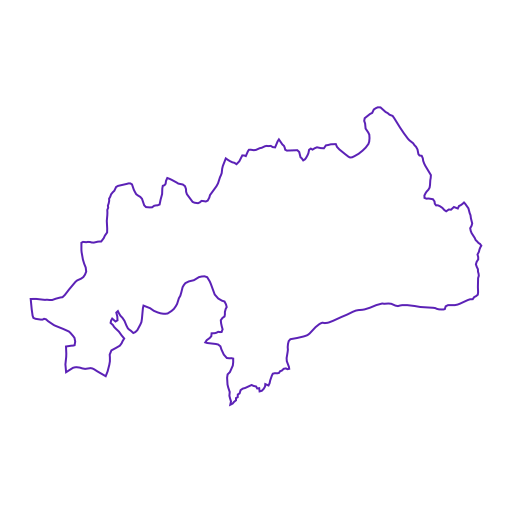 the district of Khwisero, Western, Kenya
{"feature_id": "3690345B3814928417926", "entity_name": "Khwisero", "entity_type": "district", "adm_level": 2, "iso_a3": "KEN", "parent_name": "Kenya", "parent_adm1": "Western", "projection": "equal_earth", "projection_center": [34.567, 0.147], "detail": "fine", "context": "isolated", "style": "outline", "palette": "violet", "viewbox_px": 512, "rotation_deg": 0, "n_neighbors": 0, "source": "geoboundaries", "source_scale": "gbopen_adm2", "svg_char_len": 6061}
<svg xmlns="http://www.w3.org/2000/svg" viewBox="0 0 512 512"><path d="M81.4,242.8L81.4,249.9L81.6,252.2L82.9,259.5L84.2,263.8L85.7,267.5L86.2,271.6L85.0,274.6L83.3,277.1L81.0,278.7L77.2,280.4L75.5,281.8L69.2,289.3L64.8,295.0L62.5,297.2L60.3,297.5L55.8,298.7L52.2,300.0L49.6,300.0L46.9,299.7L45.0,299.9L36.0,298.9L30.7,299.0L31.7,309.3L32.6,315.7L33.4,317.9L35.5,318.8L40.8,319.6L42.6,319.6L44.1,318.8L46.0,319.3L48.1,321.2L53.9,325.1L55.4,325.8L63.1,328.9L68.9,331.5L70.5,333.0L73.1,336.0L74.5,337.9L75.2,341.6L74.6,345.2L73.1,345.6L71.2,345.7L66.0,346.5L66.3,353.7L66.2,356.9L65.4,364.4L66.1,372.2L73.0,367.8L75.0,367.3L76.6,367.2L79.8,367.6L82.3,368.4L85.2,368.9L90.6,368.1L92.5,368.5L94.3,369.4L97.4,371.4L105.7,376.2L107.6,371.4L109.3,364.8L109.9,361.3L109.9,357.6L109.7,354.6L111.4,350.4L116.2,347.8L119.8,345.7L121.6,343.3L122.5,341.3L124.2,338.5L121.6,335.4L118.9,331.6L115.6,328.5L114.0,326.8L113.0,325.1L110.6,322.9L111.1,320.5L112.2,318.6L115.5,321.5L117.5,320.3L117.3,316.5L116.3,312.6L117.9,311.1L119.0,313.4L120.4,315.7L122.5,317.9L124.5,320.9L126.4,325.5L127.9,328.4L129.3,329.7L130.8,330.7L133.3,333.0L135.3,332.1L137.3,330.2L140.3,324.6L141.4,322.1L141.9,319.0L142.9,308.3L143.5,305.6L150.1,308.2L153.8,310.8L157.6,312.4L160.5,313.3L163.0,313.7L165.2,313.8L167.6,313.5L171.5,311.0L173.9,308.9L175.8,306.2L177.1,303.9L178.9,298.2L180.3,295.8L181.3,292.4L182.6,287.2L183.8,285.1L185.4,283.1L188.9,281.4L193.9,280.2L199.0,277.1L201.7,276.5L204.5,276.3L207.2,277.2L209.8,281.5L210.9,284.1L214.7,294.5L218.2,298.5L222.0,300.7L224.5,301.5L226.0,304.4L226.7,307.1L225.7,308.9L224.9,311.9L224.9,314.4L224.5,316.5L222.5,317.9L220.8,320.2L221.1,323.3L221.8,326.5L222.6,329.3L221.6,332.0L220.0,332.1L218.2,331.8L216.5,332.7L214.7,333.2L211.6,333.3L211.3,336.2L209.7,338.0L206.7,340.2L205.3,342.4L207.2,343.0L215.9,344.0L218.1,344.5L220.4,346.3L221.4,349.4L223.8,354.6L226.8,358.0L229.4,358.3L231.5,358.2L233.2,358.6L233.2,362.2L232.8,365.6L229.9,372.1L227.6,374.4L227.1,377.7L227.5,384.5L228.2,387.4L229.7,392.0L229.4,395.8L230.1,398.6L231.0,401.4L230.3,404.7L232.6,403.6L234.1,401.8L236.0,400.3L236.0,398.1L237.7,397.2L237.8,394.5L239.6,393.4L240.6,390.1L242.8,388.6L245.1,388.0L251.6,385.0L253.5,385.9L256.1,386.5L257.2,388.5L259.2,388.2L259.6,391.4L261.8,390.8L263.8,388.7L265.1,386.4L265.3,384.1L268.5,385.5L269.6,383.2L270.2,380.4L271.9,375.5L272.8,373.7L274.8,373.2L277.3,373.3L279.0,372.9L280.1,371.2L281.7,370.7L283.7,368.8L285.9,368.4L287.4,369.2L289.2,368.8L288.9,366.8L286.8,361.2L286.6,358.1L287.6,352.1L287.9,349.8L287.7,347.1L288.0,343.9L288.7,341.1L290.4,339.2L297.1,338.0L303.5,336.5L305.7,335.8L307.5,335.1L309.5,333.6L315.6,327.1L319.1,324.3L320.6,323.4L322.4,322.7L324.7,323.1L327.5,322.8L329.0,322.4L333.1,320.8L341.4,317.0L347.1,314.6L352.8,311.8L355.8,310.6L358.4,310.1L362.3,309.8L364.6,309.4L370.0,307.7L376.3,305.1L382.2,303.5L384.2,303.8L388.5,303.5L391.3,303.8L395.4,305.6L397.9,306.1L400.1,305.5L402.4,305.1L407.0,305.1L414.6,306.0L420.3,307.0L433.3,307.8L435.2,308.1L437.0,308.9L439.2,309.4L443.3,309.5L444.8,309.1L445.7,306.3L448.1,305.1L455.0,305.1L457.5,304.6L459.9,303.7L467.7,300.1L470.0,299.3L472.7,299.2L474.2,297.1L476.1,296.1L477.8,294.7L478.1,292.2L477.9,287.1L478.1,278.1L478.8,275.8L478.6,273.8L478.0,271.7L477.9,269.2L476.7,266.7L475.9,264.3L476.7,261.7L478.2,259.4L478.2,257.0L477.5,254.5L478.9,251.8L479.5,249.4L480.3,247.4L481.3,245.7L480.0,243.9L478.5,243.0L477.1,241.4L475.7,240.1L474.7,237.9L471.6,233.1L470.7,230.8L470.2,228.2L471.6,225.7L472.2,223.4L470.9,218.2L470.5,215.2L469.7,213.2L468.4,208.3L465.2,203.8L464.0,202.5L462.5,203.9L460.7,205.2L459.0,206.0L457.8,208.5L453.9,207.0L451.0,209.7L448.8,209.5L446.2,211.3L444.4,210.1L442.4,207.9L439.9,206.2L437.8,205.3L436.1,205.4L434.8,203.7L434.5,201.4L432.9,199.2L428.5,198.5L426.5,198.7L424.5,197.9L424.4,195.5L425.5,193.3L426.6,191.6L428.4,189.7L429.6,187.6L430.0,185.1L430.3,180.1L430.7,178.0L430.9,175.1L425.3,165.8L424.2,163.6L423.2,160.9L422.8,158.3L421.7,155.8L419.5,155.5L418.4,154.1L417.5,149.5L416.1,146.9L414.3,145.0L413.2,143.3L409.4,140.3L407.9,138.7L403.9,133.3L400.0,127.5L394.1,118.0L392.6,115.9L389.5,114.7L387.7,113.1L385.6,112.0L380.5,107.4L377.8,107.3L375.8,108.2L373.8,109.5L372.2,112.9L370.0,114.0L364.7,118.2L364.2,120.9L365.1,123.5L365.6,128.6L368.2,132.4L369.3,134.7L369.5,138.2L369.2,141.6L368.4,144.0L365.7,147.6L362.5,150.7L358.6,153.8L354.4,156.2L352.1,157.3L350.1,157.5L348.6,156.8L345.1,154.1L339.3,149.4L337.0,146.9L335.8,144.1L330.8,144.3L328.2,145.0L325.9,145.4L323.9,148.3L320.7,148.1L317.0,147.3L314.8,148.2L312.5,149.6L310.8,148.6L309.1,149.8L308.4,153.2L307.5,155.3L306.1,157.8L305.0,159.3L303.2,160.4L301.8,158.4L300.5,157.2L299.2,152.0L297.3,150.2L286.9,150.6L285.2,149.7L284.7,147.6L283.9,145.8L282.4,144.5L278.9,139.4L277.6,141.4L275.1,147.4L272.7,147.1L270.8,145.9L268.3,146.1L266.5,145.9L264.8,146.3L261.7,147.8L259.7,148.2L256.0,149.9L253.8,150.2L250.6,149.7L248.9,149.8L247.9,151.3L245.8,156.1L244.3,155.5L242.3,155.4L239.3,161.3L236.5,164.2L234.4,162.8L232.3,162.3L229.7,161.0L227.6,159.7L225.8,158.4L222.8,166.1L222.2,168.6L221.7,173.1L220.9,175.3L220.0,177.2L218.0,183.4L216.4,186.3L210.0,195.1L209.3,197.6L207.7,200.6L205.8,201.5L203.6,201.1L201.5,200.9L199.8,202.4L198.0,203.2L194.5,202.7L192.6,201.9L186.9,194.2L186.1,191.7L186.0,189.1L185.0,186.2L182.8,184.5L178.3,183.6L176.6,182.5L171.8,179.9L169.7,178.9L167.3,178.0L166.0,180.9L165.6,183.8L164.5,185.2L162.8,185.8L162.3,188.5L162.1,194.1L160.6,199.6L159.6,204.5L157.6,205.3L156.0,205.4L154.1,205.8L152.1,207.3L149.7,207.4L146.0,207.1L144.2,205.3L142.0,198.8L140.3,196.9L138.1,195.6L136.2,194.2L134.8,191.7L133.8,189.7L132.0,184.4L130.3,183.4L128.5,183.4L126.8,183.9L118.0,185.9L116.1,187.0L114.3,190.8L112.8,192.2L111.1,194.3L110.2,196.8L109.1,198.7L109.2,200.8L108.7,203.3L107.9,205.7L108.2,207.7L107.3,209.9L107.4,212.8L107.3,215.2L106.8,220.9L107.2,228.7L107.1,232.5L104.9,235.6L103.7,238.2L101.2,241.5L98.1,241.6L93.8,242.6L91.8,242.5L90.0,242.0L87.9,241.9L86.2,242.2L83.0,241.9L81.4,242.8Z" fill="none" stroke="#5b21b6" stroke-width="2"/></svg>